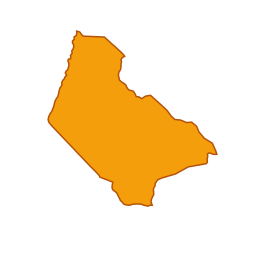 outline of Angico, Tocantins, Brazil, rotated 118°
{"feature_id": "56859067B97265145915421", "entity_name": "Angico", "entity_type": "district", "adm_level": 2, "iso_a3": "BRA", "parent_name": "Brazil", "parent_adm1": "Tocantins", "projection": "orthographic", "projection_center": [-47.92, -6.424], "detail": "fine", "context": "isolated", "style": "filled", "palette": "amber", "viewbox_px": 256, "rotation_deg": 118, "n_neighbors": 0, "source": "geoboundaries", "source_scale": "gbopen_adm2", "svg_char_len": 1869}
<svg xmlns="http://www.w3.org/2000/svg" viewBox="0 0 256 256"><g transform="rotate(118 128 128)"><path d="M88.6,123.4L90.0,125.4L91.7,127.5L93.3,128.4L95.7,129.7L95.4,132.9L96.4,135.4L94.4,138.0L93.0,140.5L93.3,142.3L93.9,144.2L93.7,146.2L92.5,148.3L90.9,150.4L90.5,153.1L90.4,155.1L89.7,158.0L87.5,159.9L85.5,161.5L82.8,162.3L80.9,162.0L79.0,162.3L76.9,163.1L74.6,164.3L72.5,164.8L70.9,166.3L68.9,166.2L66.2,164.6L65.4,166.4L64.6,168.7L62.1,178.1L61.7,180.1L58.8,191.6L62.5,199.3L68.0,210.9L67.2,213.0L65.9,215.7L66.5,218.8L68.7,217.6L70.9,217.1L73.0,218.4L74.8,217.0L76.9,217.9L79.0,217.0L80.1,215.0L82.0,214.0L84.0,213.6L86.1,213.9L88.4,212.4L90.8,212.9L92.2,211.9L93.9,211.2L95.1,212.9L96.9,212.7L98.4,210.8L100.8,209.5L102.9,209.0L105.0,208.6L106.9,209.4L108.9,209.2L110.0,207.0L112.3,207.6L114.5,207.4L116.3,207.9L118.9,207.9L121.5,206.4L124.4,206.9L126.8,206.4L129.0,205.9L131.0,205.2L133.2,204.8L135.3,205.0L137.6,205.1L140.6,204.6L143.4,203.8L146.4,203.4L149.2,203.1L152.0,203.5L155.4,203.3L158.2,202.4L160.1,200.6L161.7,196.8L162.3,195.0L178.6,146.1L179.8,142.5L181.2,137.7L182.0,135.3L183.4,131.2L184.6,129.8L182.9,116.1L184.9,115.4L186.9,114.7L188.7,113.7L189.9,111.8L190.1,109.7L190.8,107.0L192.7,104.7L193.9,102.7L195.6,100.7L196.1,98.4L197.2,96.1L196.7,93.2L195.3,90.1L193.4,88.4L191.9,86.2L190.6,83.9L189.7,82.0L189.0,80.4L188.8,78.1L188.2,75.7L187.6,73.7L185.9,72.3L184.9,70.3L183.3,72.0L182.0,73.3L179.4,73.9L176.9,74.0L174.8,74.0L172.5,75.3L170.6,76.6L168.6,77.1L166.4,76.9L164.4,77.9L162.0,77.7L159.9,77.5L156.2,74.6L146.2,64.4L134.1,56.6L122.8,42.2L121.1,41.8L119.5,42.8L117.9,43.7L115.7,44.2L113.6,45.7L111.7,44.4L111.4,42.0L110.9,39.6L109.5,37.2L107.0,39.8L101.9,46.3L101.2,56.0L98.2,63.4L94.2,68.4L93.0,74.6L95.7,78.9L96.3,85.3L98.5,90.7L97.2,95.5L94.1,101.9L92.3,108.6L88.6,123.4Z" fill="#f59e0b" stroke="#b45309" stroke-width="1.5"/></g></svg>